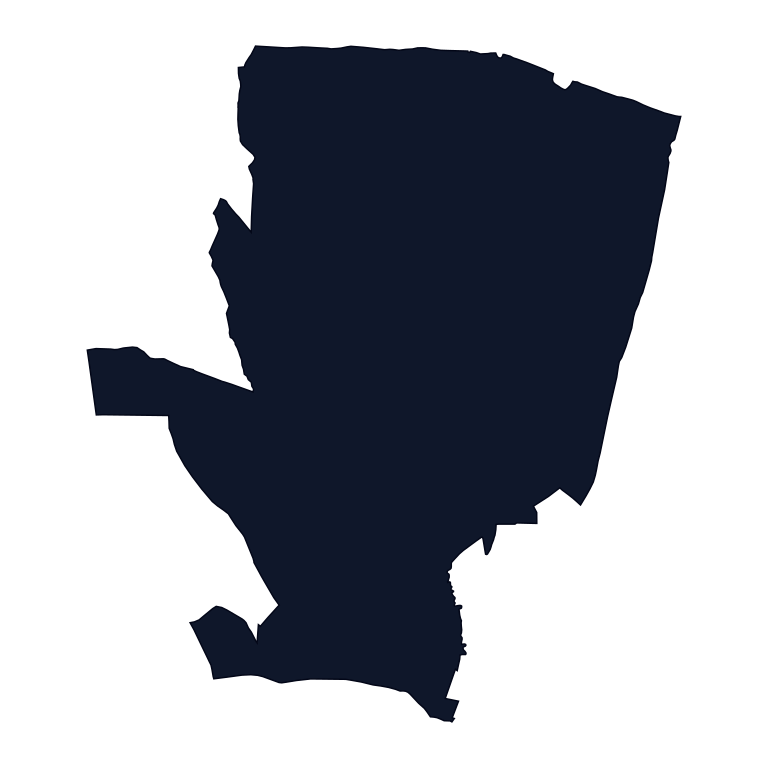 Hartop, Suceava, Romania (Mercator projection)
{"feature_id": "2599482B8879498815778", "entity_name": "Hartop", "entity_type": "district", "adm_level": 2, "iso_a3": "ROU", "parent_name": "Romania", "parent_adm1": "Suceava", "projection": "mercator", "projection_center": [26.364, 47.48], "detail": "fine", "context": "isolated", "style": "filled", "palette": "ink", "viewbox_px": 768, "rotation_deg": 0, "n_neighbors": 0, "source": "geoboundaries", "source_scale": "gbopen_adm2", "svg_char_len": 5985}
<svg xmlns="http://www.w3.org/2000/svg" viewBox="0 0 768 768"><path d="M213.8,678.8L227.9,677.0L242.0,675.1L250.8,674.7L257.7,675.3L262.9,676.6L279.0,682.5L281.7,682.8L286.5,682.1L296.3,680.5L310.6,678.9L320.7,679.0L345.8,679.3L350.6,680.1L361.3,682.0L373.1,684.9L381.0,686.0L388.6,687.4L395.6,689.3L400.1,691.0L403.0,690.9L405.6,691.2L407.9,692.2L410.1,694.1L418.8,703.4L424.3,708.3L426.7,711.4L430.4,716.8L434.0,717.1L437.1,717.7L441.1,719.3L444.1,720.7L447.2,720.8L450.1,720.9L451.9,721.9L454.3,718.5L452.2,717.8L455.0,710.4L458.5,701.2L445.2,698.5L455.4,669.2L457.2,670.6L458.6,664.1L459.7,659.2L460.0,655.1L462.0,654.5L465.5,654.5L466.0,653.9L465.9,652.8L464.9,651.3L463.4,649.8L463.0,648.0L463.1,647.3L463.6,646.9L465.4,646.1L465.9,645.2L465.6,644.4L464.5,644.0L463.3,644.1L461.7,644.4L461.6,643.9L461.4,642.2L461.8,640.5L462.1,639.2L462.0,637.6L461.0,636.4L460.6,635.0L461.4,632.9L461.7,629.9L461.3,626.1L461.1,622.9L461.4,620.7L460.5,618.5L459.7,615.1L459.0,609.3L459.6,608.8L460.6,608.6L461.4,608.1L461.7,606.9L461.6,606.0L461.0,605.6L460.0,605.4L458.0,605.6L455.0,606.2L454.4,605.8L454.4,604.6L454.7,604.0L455.1,603.0L454.4,602.2L454.1,601.5L454.1,600.2L454.4,599.8L455.0,598.7L454.9,597.5L453.6,596.3L452.5,594.8L451.9,593.3L452.1,592.6L453.5,591.7L453.5,591.1L451.9,590.2L450.9,589.6L450.9,588.8L451.7,587.5L451.8,586.6L450.8,585.9L450.5,584.9L450.4,582.6L450.0,582.0L449.1,581.9L447.8,582.5L447.5,581.9L448.3,580.4L448.5,579.2L449.1,577.6L449.2,575.8L449.0,574.3L447.3,573.0L447.1,572.1L447.4,571.2L448.1,570.3L449.8,569.5L451.0,568.4L451.3,566.9L451.3,563.5L451.6,562.3L454.2,559.4L459.3,553.9L463.3,550.4L476.2,540.9L481.3,537.3L482.3,537.2L482.6,537.7L483.0,538.6L485.1,551.4L485.6,554.2L486.7,554.5L487.5,554.0L490.1,549.6L490.9,547.3L491.7,544.4L493.5,539.9L494.3,536.8L494.9,535.4L495.8,529.8L496.1,524.3L499.1,524.1L515.0,524.1L516.6,522.9L536.8,523.4L536.7,512.5L533.4,506.2L535.5,504.8L548.5,496.4L559.8,487.8L562.3,490.1L568.2,494.5L572.8,498.1L576.8,501.6L580.5,505.0L586.1,495.7L590.0,488.7L593.3,482.0L595.3,475.2L596.4,470.0L598.1,460.8L600.1,453.1L602.7,440.4L607.6,416.5L611.3,400.3L616.7,377.2L617.2,373.8L618.4,365.7L619.3,361.4L621.7,357.6L625.7,347.2L631.7,328.1L633.5,317.1L634.9,311.7L638.4,303.9L640.2,297.6L642.7,292.5L649.1,270.3L651.5,260.8L651.8,257.1L652.7,252.5L658.5,217.9L664.6,189.8L667.4,171.8L668.8,162.5L668.2,160.4L667.9,157.6L668.4,156.2L670.1,153.4L670.9,151.0L670.9,149.8L670.1,147.4L669.7,145.4L670.2,143.8L671.5,141.8L673.9,140.3L674.8,139.1L675.8,135.0L677.2,130.4L680.7,116.5L679.1,116.5L675.4,115.9L664.3,113.0L660.2,111.4L649.8,107.7L643.1,104.9L639.6,103.2L636.3,101.6L632.8,100.2L628.4,99.0L621.8,97.3L619.4,97.1L617.0,96.8L609.3,94.0L602.5,91.7L595.2,88.5L584.8,85.2L581.5,84.1L577.4,82.0L574.7,81.8L572.9,81.3L572.1,82.5L570.6,85.2L567.8,88.1L566.1,89.5L564.6,89.7L562.8,89.0L560.6,87.8L558.5,86.3L555.3,84.3L553.3,82.4L552.7,81.0L552.4,79.4L552.7,77.2L553.4,73.7L547.8,71.4L545.3,69.9L528.4,63.2L516.8,59.0L513.5,58.0L510.2,56.2L507.6,55.5L504.1,54.5L503.1,54.5L502.5,56.1L502.1,56.9L501.2,57.9L499.9,58.1L498.5,57.6L497.5,56.8L496.6,55.2L495.7,53.0L490.7,53.1L488.0,53.6L480.4,54.0L476.4,52.6L470.4,51.3L469.8,52.5L468.1,52.1L467.8,51.1L464.8,51.0L449.3,50.6L440.8,50.3L437.6,49.9L432.4,49.2L428.8,48.5L425.6,47.9L421.9,47.8L417.5,47.9L412.5,49.0L405.6,49.4L399.0,50.3L393.0,49.5L389.8,49.3L384.6,49.7L376.1,48.7L363.3,47.3L350.9,46.3L346.9,46.9L341.1,48.1L337.2,48.5L331.1,48.9L327.5,48.3L319.5,47.9L307.8,47.2L302.0,47.0L290.7,47.8L285.4,47.9L267.4,46.8L255.5,46.1L253.9,49.4L251.2,54.6L249.2,57.4L245.9,62.6L244.8,65.2L244.5,66.9L238.4,67.5L238.5,73.4L239.2,78.3L240.3,81.1L240.7,84.3L240.8,86.7L239.8,90.6L239.3,93.8L238.9,100.7L238.0,103.0L238.1,105.3L238.0,107.5L238.2,108.1L238.0,114.1L237.9,119.5L238.3,125.8L239.2,132.8L239.9,134.4L240.3,136.9L240.2,138.9L240.4,141.0L242.6,144.6L247.1,148.9L253.1,154.3L255.0,157.3L254.5,159.8L252.5,162.8L248.8,166.4L249.4,169.2L251.7,174.2L253.1,177.9L253.0,179.5L253.6,183.7L252.6,198.3L251.6,216.5L251.2,232.3L238.9,217.2L235.7,213.9L231.5,209.0L227.6,203.9L226.4,201.6L225.5,200.7L223.6,199.7L221.2,198.9L220.6,198.7L219.4,201.4L218.2,205.1L216.7,208.1L213.7,212.7L213.5,213.6L215.2,215.1L216.3,219.2L218.0,224.6L219.2,227.9L219.1,229.9L218.4,231.8L217.4,234.4L212.2,246.0L210.6,249.9L209.4,252.2L209.3,252.7L209.4,253.0L211.2,256.1L212.8,259.6L213.0,260.6L212.3,263.7L212.0,265.9L216.5,273.6L218.2,276.5L219.9,280.2L220.2,282.3L220.7,284.6L221.4,286.7L223.8,291.7L226.4,298.2L229.3,305.8L226.5,313.4L228.9,325.2L229.7,329.6L229.4,333.0L230.4,337.4L232.5,338.5L235.1,342.3L235.3,344.3L237.4,348.0L239.0,352.3L239.8,354.9L241.6,359.7L242.1,365.3L243.5,369.2L244.3,374.2L247.0,376.2L248.3,379.6L251.3,382.2L251.9,386.3L253.6,389.0L253.0,392.0L237.3,386.4L231.8,384.4L224.7,382.1L222.1,381.4L214.4,378.4L202.2,373.9L196.5,371.7L193.6,370.3L193.3,369.7L190.9,369.1L180.6,366.6L173.1,363.2L167.4,360.5L164.8,359.1L163.6,358.8L159.2,358.9L154.9,359.0L151.2,358.4L149.8,358.0L146.8,355.1L143.7,351.8L140.4,349.9L137.0,347.6L132.5,347.1L125.6,347.8L123.1,348.1L117.8,349.4L114.6,349.6L110.7,349.1L96.0,348.6L87.3,350.1L89.0,361.7L96.3,414.9L103.1,414.7L137.0,415.1L168.7,415.5L169.0,421.2L169.2,428.4L171.3,433.7L173.1,438.8L174.4,444.4L176.7,451.2L184.9,465.8L192.6,477.0L201.9,489.2L212.3,501.5L217.7,506.0L223.3,509.9L228.4,513.8L230.6,517.4L235.9,525.6L242.7,534.2L244.5,537.1L251.8,555.1L253.1,558.3L253.9,561.3L254.0,562.6L259.3,572.3L261.4,576.2L264.2,581.1L273.8,597.6L279.2,605.2L278.1,606.3L276.1,608.5L268.2,617.2L265.5,620.3L260.9,625.7L260.5,626.3L258.4,624.7L257.1,642.9L255.8,641.1L254.4,638.2L251.3,632.1L248.4,628.0L246.0,622.7L243.9,620.4L242.1,619.0L238.4,616.8L233.6,614.0L226.8,610.0L221.7,607.5L217.7,606.7L216.2,606.4L212.7,608.6L204.1,615.7L199.1,619.9L194.4,621.9L190.1,622.7L194.0,629.8L203.0,648.5L207.4,657.6L209.2,661.4L211.0,665.0L211.9,669.0L212.6,673.1L212.9,674.8L213.1,676.2L213.8,678.8Z" fill="#0f172a" stroke="#020617" stroke-width="1.5"/></svg>